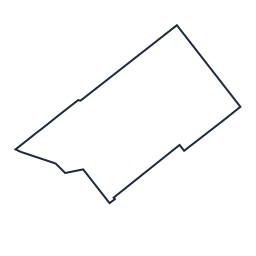 the district of Archuleta, Colorado, United States of America, rotated 142°
{"feature_id": "52423323B32025627866130", "entity_name": "Archuleta", "entity_type": "district", "adm_level": 2, "iso_a3": "USA", "parent_name": "United States of America", "parent_adm1": "Colorado", "projection": "robinson", "projection_center": [-106.855, 37.208], "detail": "fine", "context": "isolated", "style": "outline", "palette": "slate", "viewbox_px": 256, "rotation_deg": 142, "n_neighbors": 0, "source": "geoboundaries", "source_scale": "gbopen_adm2", "svg_char_len": 451}
<svg xmlns="http://www.w3.org/2000/svg" viewBox="0 0 256 256"><g transform="rotate(142 128 128)"><path d="M26.4,75.5L26.2,178.9L38.6,178.9L126.7,178.8L148.6,178.8L150.1,180.7L174.2,180.7L189.4,180.5L192.3,180.5L198.9,180.5L201.3,180.6L201.2,180.6L224.8,180.4L229.8,180.4L227.2,175.2L206.9,144.6L205.2,131.2L188.8,123.0L188.8,80.2L182.2,80.0L182.2,82.0L97.8,82.9L97.8,75.5L47.9,75.3L26.4,75.5Z" fill="none" stroke="#1e293b" stroke-width="2"/></g></svg>